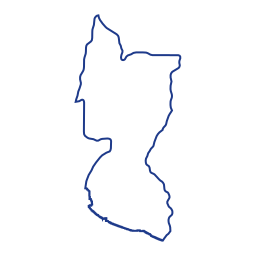 the district of Ramón Santana, San Pedro de Macorís, Dominican Republic
{"feature_id": "3306468B54245916691578", "entity_name": "Ramón Santana", "entity_type": "district", "adm_level": 2, "iso_a3": "DOM", "parent_name": "Dominican Republic", "parent_adm1": "San Pedro de Macorís", "projection": "equal_earth", "projection_center": [-69.151, 18.515], "detail": "fine", "context": "isolated", "style": "outline", "palette": "blue", "viewbox_px": 256, "rotation_deg": 0, "n_neighbors": 0, "source": "geoboundaries", "source_scale": "gbopen_adm2", "svg_char_len": 5681}
<svg xmlns="http://www.w3.org/2000/svg" viewBox="0 0 256 256"><path d="M98.4,15.4L97.0,15.7L95.9,16.5L94.9,17.8L94.5,18.9L93.9,24.9L92.7,28.7L92.4,29.9L92.3,31.9L92.2,38.0L91.8,40.3L90.9,41.5L87.0,44.5L86.3,45.9L86.0,47.7L85.9,51.7L85.7,53.7L84.5,57.5L84.1,59.4L84.0,66.8L83.8,68.8L83.5,70.1L83.0,71.2L80.6,75.2L80.1,77.0L80.1,79.4L80.9,82.9L80.8,84.4L79.5,88.5L78.3,91.5L77.5,95.7L76.2,99.4L75.7,101.8L79.2,101.2L81.4,99.9L82.2,99.7L83.0,99.9L83.4,100.2L83.9,101.2L84.1,102.3L84.1,104.3L83.9,131.6L84.1,134.1L84.9,135.7L87.0,137.4L88.2,138.1L89.3,138.5L93.5,139.2L96.0,140.4L96.9,140.7L98.3,140.6L100.6,139.3L102.1,138.9L107.4,138.5L108.9,138.7L109.8,139.0L110.6,139.6L111.1,141.0L110.9,148.2L110.5,150.0L109.7,151.4L106.4,152.7L102.2,155.3L100.1,157.4L96.1,162.4L93.2,166.6L91.5,170.4L88.7,175.0L86.7,180.2L86.3,181.5L85.3,188.2L85.7,188.2L85.7,188.4L86.6,188.4L86.8,188.9L87.2,188.9L87.2,189.5L87.4,189.5L88.2,190.0L88.3,190.5L88.7,190.5L88.9,190.7L89.1,191.3L89.3,191.3L89.3,191.8L89.5,191.8L89.5,193.8L89.3,193.8L89.3,195.7L89.5,195.7L89.5,196.2L89.7,197.0L89.9,197.0L89.9,197.5L89.5,197.7L89.5,199.0L90.7,199.0L90.7,199.3L90.9,199.3L91.0,200.3L91.2,200.6L91.4,200.6L91.4,201.1L91.6,201.1L91.6,201.3L92.0,201.6L92.0,202.4L91.8,202.4L91.8,202.9L92.0,202.9L92.0,203.4L92.2,203.9L92.2,204.4L91.8,204.4L91.8,204.7L91.4,205.0L91.6,205.2L91.4,205.7L90.5,205.7L90.3,205.2L90.1,205.2L90.1,205.5L89.5,205.5L88.9,205.7L88.9,206.0L88.7,206.0L88.7,206.5L88.9,206.5L88.9,207.0L89.3,207.0L89.3,207.3L89.7,207.6L89.7,208.1L89.9,208.1L89.9,208.3L90.3,208.6L90.5,209.1L90.9,209.1L91.0,209.6L91.4,210.1L91.6,210.1L91.6,210.4L92.0,210.4L92.2,210.9L92.6,210.9L92.6,211.2L92.8,211.2L92.8,211.4L93.4,211.4L93.4,211.7L93.7,211.7L93.9,212.2L94.3,212.2L94.3,212.5L94.7,212.7L94.7,213.0L95.1,213.0L95.3,213.5L95.5,213.5L95.5,213.8L95.9,213.8L96.0,214.3L96.6,214.3L96.8,214.8L97.2,214.8L97.2,215.0L97.8,215.0L97.8,215.3L98.2,215.3L98.2,215.6L98.5,215.8L98.5,216.1L98.7,216.3L99.5,216.3L99.7,216.9L100.1,216.9L100.1,217.1L100.7,217.1L100.7,217.4L101.4,217.4L101.4,217.9L101.8,217.9L101.8,218.1L102.2,218.1L102.2,218.4L103.0,218.4L103.0,218.7L103.2,218.4L103.9,218.4L103.9,218.7L104.3,218.7L104.3,218.9L104.7,218.9L104.7,218.7L104.9,218.7L105.1,218.1L106.2,218.1L106.2,218.4L106.4,218.4L106.4,219.2L106.2,219.2L106.2,219.4L105.9,219.7L105.9,220.7L106.1,220.7L106.1,221.0L108.0,221.0L108.2,221.5L108.9,221.8L108.9,222.0L109.3,222.0L109.3,222.3L109.7,222.3L109.7,222.5L110.3,222.5L110.3,222.8L110.7,222.8L110.7,223.1L111.1,223.1L111.1,223.3L111.6,223.3L111.6,223.6L112.4,223.6L112.4,223.8L113.0,223.8L113.0,224.1L113.7,224.1L113.7,224.4L114.3,224.4L114.3,224.6L115.1,224.6L115.1,224.9L115.7,224.9L115.7,225.1L116.4,225.1L116.4,225.4L117.0,225.4L117.0,225.6L117.8,225.6L117.8,225.9L118.4,225.9L118.4,226.2L119.1,226.2L119.1,226.4L119.9,226.4L119.9,226.7L120.7,226.7L120.7,226.9L121.4,226.9L121.4,227.2L122.2,227.2L122.2,227.5L122.8,227.5L123.6,227.7L123.6,228.0L124.3,228.0L125.1,228.2L125.1,228.5L125.9,228.5L126.6,228.7L126.6,229.0L127.4,229.0L127.4,229.3L128.2,229.3L128.2,229.5L129.7,229.8L129.7,230.0L130.5,230.0L130.5,230.3L131.3,230.3L131.3,230.6L132.8,230.6L132.8,230.8L137.0,230.8L137.0,230.6L137.8,230.6L137.8,230.3L139.5,230.3L139.5,230.6L139.9,230.6L139.9,230.8L140.3,230.8L140.3,231.1L143.2,231.1L143.2,230.8L143.6,230.8L143.6,231.1L144.2,231.1L144.2,231.3L144.5,231.3L144.5,231.6L145.3,231.8L145.3,232.1L145.7,232.1L145.7,232.4L146.1,232.4L146.1,232.6L146.5,232.6L146.5,232.9L147.0,232.9L147.0,233.1L147.6,233.1L147.6,233.4L148.2,233.4L148.2,233.7L149.3,233.9L149.3,234.2L149.9,234.2L149.9,234.4L150.3,234.4L150.5,235.0L150.9,235.0L151.1,235.2L151.1,235.7L151.3,235.7L151.3,236.0L151.8,236.0L152.4,236.2L152.4,236.5L153.0,236.5L153.0,236.8L153.8,236.8L153.8,237.0L154.4,237.0L154.4,237.3L154.9,237.3L154.9,237.5L155.5,237.5L155.5,237.8L156.1,237.8L156.1,238.1L156.7,238.1L156.7,238.3L157.2,238.3L157.2,238.6L157.8,238.6L157.8,238.8L158.4,238.8L158.4,239.1L159.0,239.1L159.0,239.3L159.6,239.3L159.6,239.6L160.3,239.6L160.3,239.9L161.1,239.9L161.1,240.1L161.9,240.1L161.9,240.4L162.6,240.4L162.6,240.6L162.8,240.6L164.1,238.6L166.7,235.1L168.4,233.8L170.4,231.1L170.2,227.3L169.8,225.6L168.8,223.0L168.6,221.8L168.5,220.0L168.9,218.2L169.3,217.3L170.3,216.2L171.6,215.1L172.1,214.3L172.4,213.2L172.4,212.1L172.3,210.9L171.6,209.4L170.7,208.2L169.3,207.1L168.7,206.4L167.3,203.2L167.3,201.7L168.0,200.3L169.1,198.5L169.5,197.5L169.5,196.5L169.3,195.5L168.4,193.3L167.8,192.5L165.7,191.4L164.8,190.4L164.4,188.9L164.0,184.7L163.6,183.7L163.0,182.7L162.0,181.6L160.4,180.6L159.2,179.5L154.6,174.5L153.7,173.9L151.3,172.8L150.6,172.2L150.0,170.7L149.6,167.8L149.2,166.8L148.7,166.0L147.2,165.1L146.2,164.0L145.8,162.3L145.7,160.4L146.0,158.6L147.3,156.1L148.1,153.4L148.6,152.5L149.4,151.5L150.9,148.8L153.0,146.6L153.5,145.8L154.4,142.0L156.6,136.2L157.9,134.1L159.4,132.4L162.6,129.9L162.8,128.9L163.5,127.6L165.6,125.3L166.2,123.9L166.8,121.1L168.7,115.8L169.6,114.2L172.0,110.5L170.8,107.6L170.5,105.1L170.5,103.2L170.6,101.3L170.9,100.1L171.8,97.6L172.0,96.0L171.8,94.3L170.8,91.1L170.5,89.1L170.6,85.7L171.5,81.5L170.6,77.5L170.6,75.1L171.1,73.4L172.3,71.8L178.4,68.1L179.1,67.4L179.5,66.6L179.8,65.2L179.3,63.0L179.3,61.9L179.4,60.9L180.3,58.2L180.2,56.6L179.6,55.7L178.3,55.2L152.4,55.1L150.5,54.7L147.6,53.1L146.1,52.6L142.8,52.4L136.2,52.4L133.5,52.9L131.1,54.3L127.9,55.4L126.4,56.6L125.0,59.1L124.4,59.7L123.2,60.1L122.3,60.0L121.5,59.4L121.3,58.9L121.0,57.3L121.4,55.0L122.4,52.3L122.5,50.7L121.4,48.5L120.7,45.6L119.4,43.2L118.8,38.1L118.5,36.8L118.1,35.8L116.7,34.3L106.8,28.1L105.5,26.9L102.6,23.6L100.0,20.0L98.9,17.7L98.4,15.4Z" fill="none" stroke="#1e3a8a" stroke-width="2"/></svg>